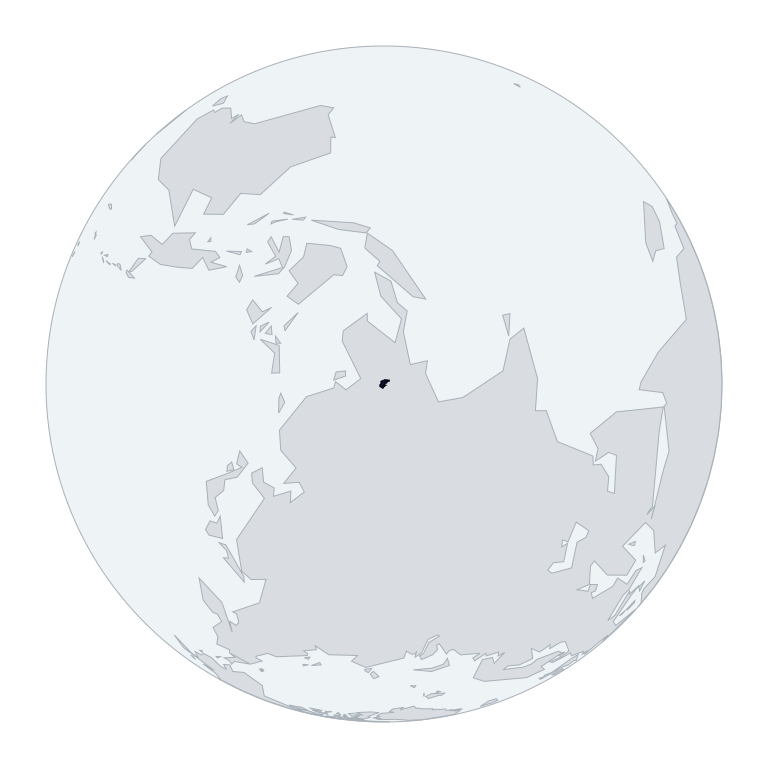 globe centered on Oudômxai, rotated 183°
{"feature_id": "LAO-3290", "entity_name": "Oudômxai", "entity_type": "Province", "adm_level": 1, "iso_a3": "LAO", "parent_name": "Laos", "parent_adm1": "", "projection": "orthographic", "projection_center": [101.644, 20.521], "detail": "fine", "context": "on_globe", "style": "filled", "palette": "ink", "viewbox_px": 768, "rotation_deg": 183, "n_neighbors": 0, "source": "natural_earth", "source_scale": "10m", "svg_char_len": 12063}
<svg xmlns="http://www.w3.org/2000/svg" viewBox="0 0 768 768"><g transform="rotate(183 384 384)"><circle cx="384" cy="384" r="338" fill="#eef3f6" stroke="#a8b0b8"/><path d="M702.0,494.6L701.4,496.7L701.2,497.1L702.0,494.6ZM533.6,81.0L531.5,80.0L537.3,86.6L550.0,94.9L538.6,89.1L570.2,110.2L580.3,122.4L562.1,105.2L555.1,101.0L558.6,106.8L552.1,103.9L550.1,105.5L542.1,101.8L532.1,93.2L526.7,91.0L529.5,95.5L523.2,95.4L519.9,89.0L508.6,88.6L489.7,76.4L487.3,66.2L470.2,60.2L450.0,52.6L445.2,51.8L435.5,50.0L460.8,54.9L485.7,61.8L510.0,70.5L533.6,81.0ZM429.7,49.2L424.8,48.6L424.7,48.5L429.7,49.2ZM418.5,47.8L417.0,47.7L419.8,48.1L417.7,48.1L412.3,47.7L410.1,47.2L412.5,47.3L409.0,47.0L409.5,47.0L418.5,47.8ZM407.2,46.9L406.5,46.8L406.4,46.8L407.2,46.9ZM399.8,46.4L398.5,46.4L395.1,46.3L399.8,46.4ZM693.7,248.9L693.4,248.0L693.7,248.9ZM560.6,102.1L557.9,99.1L562.7,103.2L560.6,102.1ZM551.3,106.4L554.1,108.4L551.8,108.4L551.3,106.4ZM537.5,103.2L533.0,103.2L535.8,101.6L537.5,103.2ZM529.3,102.2L518.6,103.2L524.0,107.3L502.8,97.2L518.9,99.1L521.5,96.2L524.1,99.7L529.3,102.2ZM423.0,48.5L419.8,48.0L427.5,49.0L423.0,48.5ZM428.4,49.2L454.8,53.9L456.8,55.1L447.6,52.9L454.2,55.5L442.2,53.6L435.8,51.8L436.9,51.3L431.5,51.1L428.4,49.2ZM492.8,91.9L488.7,91.3L491.1,90.4L492.8,91.9ZM417.5,48.2L422.7,48.8L424.8,49.7L414.8,48.8L417.3,48.7L417.5,48.2ZM461.8,57.4L461.6,58.4L451.8,57.0L450.4,57.3L442.1,53.7L461.8,57.4ZM414.1,48.3L409.7,48.5L403.8,47.8L412.6,47.8L414.1,48.3ZM429.5,50.5L430.0,51.0L426.5,50.3L429.5,50.5ZM380.3,46.7L386.5,46.7L388.1,47.0L380.3,46.7ZM408.4,48.6L410.5,48.9L411.8,49.2L407.8,49.2L408.4,48.6ZM435.7,53.3L431.7,52.8L438.7,54.6L431.6,54.2L427.3,52.1L426.2,52.8L424.0,52.8L422.9,51.3L435.7,53.3ZM407.7,50.5L399.8,48.5L388.0,48.1L386.3,47.6L405.5,48.5L407.7,50.5ZM416.7,51.0L410.7,50.4L411.6,49.7L416.2,49.7L416.7,51.0ZM428.4,54.8L440.3,56.0L440.8,56.5L428.4,54.8ZM404.1,50.4L406.1,50.9L403.2,50.4L404.1,50.4ZM420.7,53.4L424.9,53.6L425.4,54.2L420.7,53.4ZM406.6,52.0L404.1,51.2L407.1,51.0L406.6,52.0ZM412.9,52.8L412.6,53.5L409.7,51.4L414.7,52.7L412.9,52.8ZM420.5,53.9L422.2,54.3L418.7,53.8L420.5,53.9ZM396.5,53.7L392.1,51.3L398.9,50.6L402.2,53.0L396.5,53.7ZM118.6,174.8L115.8,178.6L115.6,188.5L113.8,193.1L103.2,205.8L94.6,237.7L104.3,229.5L107.0,251.8L115.6,259.4L137.3,234.5L123.4,221.2L131.5,205.8L151.0,204.9L164.7,218.4L168.3,212.9L168.4,194.6L180.5,188.6L169.5,187.7L167.3,194.7L160.4,194.8L161.9,188.5L166.1,186.4L164.5,180.8L144.8,194.0L140.5,202.5L130.8,196.7L122.7,210.8L116.9,214.1L128.5,191.7L134.2,185.5L148.2,159.5L141.3,165.2L127.6,190.6L127.9,186.9L118.5,196.5L125.9,186.3L142.7,158.6L139.9,155.0L120.8,172.3L121.8,170.9L152.9,137.4L147.3,144.9L155.2,138.0L169.8,124.4L166.7,128.5L171.9,124.4L170.9,127.5L182.6,122.4L183.5,125.2L200.8,114.8L203.6,115.2L192.6,120.9L185.4,127.1L189.3,136.2L193.8,135.5L204.7,128.4L204.4,132.4L214.5,124.5L223.0,127.6L221.1,117.7L233.9,110.7L245.9,108.8L249.7,105.1L230.2,108.5L222.7,111.7L216.8,117.0L196.1,126.2L192.0,125.1L212.4,110.0L208.8,107.5L226.3,98.2L268.4,92.3L279.5,95.3L271.2,114.0L261.3,116.6L259.3,110.7L249.4,122.3L255.8,118.3L255.6,122.2L267.7,117.8L268.1,120.4L279.1,112.2L280.9,115.0L274.0,120.1L293.5,117.5L300.8,122.7L305.0,121.0L307.5,117.6L315.1,127.4L317.9,125.8L316.5,121.8L321.1,116.3L332.2,110.7L334.2,114.3L330.5,116.8L325.7,128.2L315.4,135.2L317.4,136.3L326.7,131.2L332.6,117.1L338.7,112.8L337.4,119.1L338.3,116.4L342.0,115.5L347.6,118.3L349.7,111.4L387.4,100.0L401.9,105.4L396.4,111.5L424.9,110.7L439.0,119.0L437.6,115.1L450.4,113.4L446.2,110.7L446.5,108.8L477.3,106.0L486.1,108.9L497.8,105.3L497.1,103.6L491.3,101.0L502.8,97.2L524.0,107.3L524.5,110.6L537.4,115.6L536.6,122.8L542.0,131.9L533.6,138.3L538.6,145.7L543.1,147.0L553.3,158.8L558.5,180.6L534.3,157.2L522.6,128.1L525.7,138.9L519.0,135.1L516.5,138.5L519.2,146.9L523.1,148.5L497.0,158.9L491.6,182.7L506.4,181.8L516.3,189.6L523.1,220.9L497.4,263.5L510.3,278.4L511.5,288.1L501.2,294.0L499.1,279.7L488.2,274.4L488.6,266.1L471.4,272.2L471.3,260.7L457.9,272.0L463.6,281.4L478.9,279.5L467.4,295.5L483.6,312.3L486.0,332.4L460.7,367.3L434.0,377.4L432.5,383.8L421.6,376.2L407.5,388.2L428.0,424.7L427.5,435.0L404.5,453.6L403.9,446.0L375.1,425.8L369.9,450.0L391.7,471.4L399.2,495.2L382.5,487.1L374.9,466.0L364.7,458.2L367.4,437.2L358.8,404.8L341.9,409.5L343.1,396.7L328.7,369.0L304.4,374.7L265.8,403.4L260.6,435.3L247.3,447.2L230.9,397.3L231.4,365.2L220.6,365.9L207.8,335.5L171.6,323.0L170.8,314.0L163.0,315.3L154.7,303.2L155.2,288.8L148.2,286.7L148.1,324.9L156.1,327.5L168.9,318.0L166.9,330.7L175.5,345.5L150.4,368.3L103.9,375.7L106.7,351.1L109.5,276.0L113.5,269.7L113.8,268.9L114.3,267.4L107.0,276.9L110.0,262.9L100.6,312.2L95.8,331.9L103.1,376.8L100.6,379.5L105.2,390.0L128.9,391.7L127.4,399.5L111.7,430.3L85.4,464.4L93.2,499.2L98.5,526.0L91.6,534.9L101.8,557.0L99.7,559.5L105.9,571.1L109.6,579.7L111.9,584.4L98.1,564.2L85.8,543.0L75.1,521.1L66.0,498.4L58.6,475.1L52.9,451.3L48.9,427.2L46.6,402.9L46.1,378.4L47.4,354.0L50.5,329.8L55.3,305.8L61.8,282.2L70.0,259.2L79.8,236.8L91.2,215.2L104.2,194.5L118.6,174.8ZM171.7,248.2L184.8,256.1L192.0,236.0L197.6,237.7L198.0,230.6L192.4,234.5L195.2,216.0L205.6,214.3L210.7,206.7L206.5,203.8L187.0,210.2L182.9,236.1L174.3,241.4L171.7,248.2ZM201.6,102.1L196.9,105.7L190.9,109.2L189.8,108.2L198.5,102.9L201.6,102.1ZM191.7,110.5L212.3,97.2L213.8,98.2L209.5,99.7L208.4,101.6L201.2,104.8L182.5,119.7L176.0,123.9L177.4,118.3L180.5,117.4L184.9,113.4L191.7,110.5ZM262.1,70.4L271.1,67.0L262.8,73.0L255.5,75.6L253.8,74.1L261.6,70.3L262.1,70.4ZM381.0,46.1L385.2,46.1L404.3,46.8L405.2,47.2L400.7,47.4L396.3,47.3L397.1,46.9L390.5,47.1L388.3,46.5L383.1,46.6L360.3,46.9L360.8,46.9L381.0,46.1ZM330.0,50.4L330.5,50.7L336.7,49.6L338.9,49.5L333.0,50.4L343.3,49.2L343.5,49.6L355.4,49.7L370.1,48.7L374.8,49.2L369.2,49.8L377.8,49.9L370.4,51.7L373.6,52.2L369.5,55.0L356.7,56.6L361.3,57.2L358.4,59.9L347.9,62.0L350.8,59.4L337.2,63.9L334.9,61.5L333.5,62.2L327.7,61.6L318.2,62.3L318.7,61.1L314.8,61.9L310.8,61.9L305.6,62.8L304.7,61.2L298.2,62.5L301.5,61.1L290.6,63.8L298.3,61.2L293.9,61.5L288.8,63.9L296.5,57.6L295.8,57.8L330.0,50.4ZM394.9,54.4L380.2,55.8L371.7,55.6L382.4,51.1L380.5,50.3L387.1,48.4L399.3,49.1L396.3,49.5L396.2,50.1L392.4,49.6L395.4,50.5L391.3,51.2L392.5,52.3L387.4,52.3L394.9,54.4ZM118.2,190.1L118.0,192.4L119.2,194.4L113.3,201.0L118.2,190.1ZM129.2,171.1L130.0,171.7L122.2,180.9L122.4,178.9L129.2,171.1ZM137.1,164.7L130.7,171.0L134.3,166.4L137.1,164.7ZM194.0,121.5L195.6,122.1L193.2,124.1L189.2,125.9L194.0,121.5ZM307.2,78.5L310.2,76.1L312.3,76.1L323.3,72.2L325.9,74.2L320.2,77.3L307.2,78.5ZM131.2,236.9L124.8,239.9L125.2,236.1L127.3,235.8L131.2,236.9ZM115.7,219.4L116.1,226.8L114.0,221.1L115.7,219.4ZM311.9,79.9L316.1,78.0L314.7,80.2L311.9,79.9ZM328.3,75.5L327.8,77.8L327.5,74.0L328.3,75.5ZM263.3,687.4L270.3,690.8L265.5,689.9L263.3,687.4ZM130.0,538.8L134.4,579.8L125.4,575.2L117.3,560.4L111.3,534.0L119.6,531.2L122.0,520.6L130.0,538.8ZM483.2,548.1L493.1,549.0L492.7,550.4L483.2,548.1ZM473.0,543.5L484.3,543.6L470.9,546.6L473.0,543.5ZM488.7,543.6L500.3,540.4L505.3,537.9L504.3,540.8L488.7,543.6ZM465.2,543.8L422.7,543.4L405.8,539.1L409.8,534.0L437.2,535.9L465.2,543.8ZM408.5,533.8L382.6,517.8L346.8,471.0L359.6,472.7L396.9,501.8L394.6,506.3L410.3,518.8L408.5,533.8ZM471.0,506.6L468.4,520.5L445.0,519.5L434.3,517.2L427.0,499.2L431.1,490.1L439.9,490.5L473.6,459.2L485.4,466.6L475.1,480.0L484.8,492.1L471.0,506.6ZM262.0,438.6L269.1,458.9L261.9,460.9L262.0,438.6ZM486.9,436.8L473.5,450.9L485.6,432.1L486.9,436.8ZM493.9,419.1L494.9,426.2L489.3,419.4L493.9,419.1ZM432.4,393.6L423.1,395.0L422.8,390.0L434.4,385.2L432.4,393.6ZM487.7,349.5L488.2,364.3L486.6,369.4L482.1,360.5L487.7,349.5ZM339.7,100.1L321.5,102.7L310.1,107.2L306.3,113.4L303.9,106.4L321.4,99.4L339.7,100.1ZM381.3,99.3L384.5,94.9L388.3,96.8L388.1,98.1L381.3,99.3ZM379.5,96.6L373.7,91.6L378.9,89.1L382.5,93.6L379.5,96.6ZM342.1,84.0L336.5,84.4L337.8,82.4L342.1,84.0ZM600.0,643.9L596.0,647.1L624.5,621.4L600.0,643.9ZM555.4,663.4L559.0,656.0L569.8,652.6L562.0,660.4L555.4,663.4ZM635.0,610.3L640.9,603.6L648.0,594.2L642.6,601.5L635.0,610.3ZM526.7,637.1L462.0,658.8L448.7,657.2L453.9,649.9L445.5,627.5L450.0,627.9L449.4,612.0L488.7,595.9L517.4,566.7L537.1,566.8L553.3,545.0L573.0,544.2L565.8,560.9L584.7,568.5L601.3,530.6L609.0,566.4L620.1,576.3L618.6,597.5L584.5,638.8L568.5,648.8L567.2,646.3L560.1,651.0L551.5,651.5L550.1,641.2L543.0,645.8L551.4,636.2L540.4,645.3L537.5,638.6L526.7,637.1ZM665.2,544.4L667.0,544.4L668.7,548.9L665.8,549.5L665.2,544.4ZM696.9,505.8L696.8,508.1L695.2,510.4L696.9,505.8ZM701.2,497.1L699.4,500.2L702.0,494.6L701.2,497.1ZM679.9,517.8L680.5,519.5L679.5,520.8L679.9,517.8ZM679.2,517.4L681.0,513.1L680.3,516.9L679.2,517.4ZM671.6,501.5L673.1,499.0L673.6,500.3L671.6,501.5ZM507.6,548.5L521.6,537.2L528.9,535.8L507.6,548.5ZM670.0,498.0L666.5,498.9L667.0,496.7L670.0,498.0ZM670.6,493.1L670.4,490.3L672.1,496.4L670.6,493.1ZM664.2,488.8L668.2,492.6L663.6,489.6L664.2,488.8ZM661.5,490.4L658.4,489.0L658.6,488.0L661.5,490.4ZM622.7,503.8L634.9,518.4L624.4,520.3L612.8,511.7L602.7,523.5L580.3,525.1L585.8,518.1L583.1,508.8L559.3,507.6L554.5,501.7L563.2,496.6L547.2,492.9L564.8,488.4L571.7,500.8L581.6,489.4L598.1,489.9L613.7,491.8L625.7,499.4L622.7,503.8ZM564.4,517.2L567.4,516.9L564.6,521.1L564.4,517.2ZM652.3,483.6L656.9,488.6L656.3,490.3L654.0,490.0L652.3,483.6ZM628.6,496.6L641.8,483.1L644.7,482.6L635.9,496.7L628.6,496.6ZM638.8,476.7L644.7,477.0L647.6,482.4L646.4,484.3L638.8,476.7ZM528.5,508.2L527.7,511.8L523.1,509.3L528.5,508.2ZM534.6,505.6L548.4,508.5L533.2,508.8L534.6,505.6ZM491.4,495.0L495.6,503.6L508.9,497.5L498.8,505.9L507.6,519.7L504.4,525.1L495.7,510.2L492.3,526.1L486.4,526.0L483.4,512.5L489.4,495.7L495.3,488.6L519.2,484.7L491.4,495.0ZM534.5,495.0L530.8,485.1L533.6,478.1L537.6,483.2L534.5,495.0ZM519.5,461.1L509.2,449.7L500.2,454.6L518.2,437.2L525.1,451.0L519.5,461.1ZM510.4,435.3L501.9,439.8L510.5,429.7L510.4,435.3ZM499.6,435.9L498.4,427.5L505.2,428.4L499.6,435.9ZM514.8,435.5L516.0,421.3L519.6,429.5L514.8,435.5ZM494.8,409.0L509.9,422.2L490.7,417.0L488.7,389.7L496.8,388.9L494.8,409.0ZM532.0,298.1L529.4,290.6L536.3,288.6L536.2,294.2L532.0,298.1ZM556.4,277.5L537.3,285.7L521.5,293.3L527.0,296.5L524.6,309.6L515.6,297.9L525.7,283.3L537.9,280.0L538.5,269.3L546.7,261.8L542.9,248.9L546.1,243.2L553.2,254.2L556.4,277.5ZM540.7,243.5L537.1,221.3L550.8,223.9L554.6,229.3L550.5,238.2L543.6,236.2L540.7,243.5ZM540.3,216.9L533.5,215.1L513.9,184.4L513.2,178.9L535.3,202.1L530.1,201.9L532.5,209.4L540.3,216.9ZM490.7,93.2L488.9,91.4L492.7,92.9L490.7,93.2ZM443.8,107.4L444.9,105.1L449.3,106.5L443.8,107.4ZM450.2,99.7L444.6,99.7L449.7,98.2L450.2,99.7ZM432.1,100.3L441.9,99.0L433.7,102.5L432.1,100.3Z" fill="#d9dde1" stroke="#a8b0b8" stroke-width="1"/><path d="M384.8,380.0L384.9,379.9L385.0,379.9L385.3,380.1L385.5,380.2L385.6,380.3L386.0,380.4L386.2,380.5L386.4,380.8L386.6,381.0L386.8,381.1L387.0,381.1L387.3,381.1L387.5,381.2L387.7,381.4L387.7,381.6L387.8,381.8L387.9,382.1L387.8,382.3L387.8,382.5L387.9,382.8L387.8,383.1L387.6,383.3L387.3,383.4L387.2,383.5L387.1,383.8L387.0,384.1L386.8,384.7L386.7,384.8L386.8,384.9L386.9,385.0L386.9,385.3L386.8,385.6L387.0,385.8L387.1,386.0L386.9,386.3L386.8,386.5L386.6,386.5L386.3,386.7L386.2,386.8L385.9,386.7L385.8,386.8L385.7,386.9L385.4,387.2L385.2,387.3L384.6,387.4L384.4,387.5L384.1,387.7L384.0,387.8L383.9,387.8L383.7,388.1L381.9,388.1L381.7,388.1L381.4,387.8L381.2,387.8L381.2,387.7L380.9,387.8L380.8,388.0L380.7,388.0L380.6,387.9L380.5,388.0L380.3,387.9L380.0,387.8L379.4,387.7L379.2,387.7L379.1,387.8L379.0,387.6L379.0,387.3L379.4,387.2L380.0,387.1L380.3,386.9L380.4,386.7L380.5,386.5L380.7,386.4L380.9,386.4L381.2,386.6L381.4,386.6L381.6,386.5L381.7,386.4L381.8,386.3L381.8,385.6L381.7,385.4L381.7,385.2L382.0,385.2L382.5,385.2L383.0,385.0L383.1,384.6L383.3,384.4L383.6,383.8L383.5,383.3L383.5,383.2L383.3,383.1L383.2,382.9L382.7,382.8L382.9,382.7L383.1,382.3L383.3,382.0L383.6,382.0L383.6,381.9L383.9,381.9L383.9,381.5L384.1,381.4L384.3,381.3L384.5,381.2L384.7,380.8L384.7,380.3L384.7,380.2L384.8,380.0Z" fill="#0f172a" stroke="#020617" stroke-width="1.5"/></g></svg>